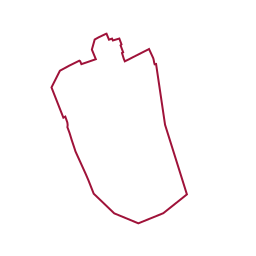 Asunción Ocotlán, Oaxaca, Mexico (Mercator projection), rotated 225°
{"feature_id": "50627088B10874491578506", "entity_name": "Asunción Ocotlán", "entity_type": "district", "adm_level": 2, "iso_a3": "MEX", "parent_name": "Mexico", "parent_adm1": "Oaxaca", "projection": "mercator", "projection_center": [-96.719, 16.762], "detail": "fine", "context": "isolated", "style": "outline", "palette": "rose", "viewbox_px": 256, "rotation_deg": 225, "n_neighbors": 0, "source": "geoboundaries", "source_scale": "gbopen_adm2", "svg_char_len": 850}
<svg xmlns="http://www.w3.org/2000/svg" viewBox="0 0 256 256"><g transform="rotate(225 128 128)"><path d="M216.6,120.2L210.8,102.6L181.0,89.6L180.4,91.7L178.1,90.6L174.8,89.0L173.1,87.7L172.5,87.1L171.4,85.7L169.8,85.0L165.7,83.1L159.5,79.8L155.1,77.6L150.5,75.3L148.6,74.3L133.4,68.6L124.9,65.4L118.9,63.0L105.8,57.3L77.4,57.9L53.3,67.9L42.8,92.7L39.4,122.7L104.1,156.5L153.4,193.1L154.2,191.9L154.6,192.1L155.8,192.8L158.3,194.5L159.5,195.2L169.0,198.7L169.8,196.1L174.5,181.8L175.9,177.3L177.4,172.9L180.0,174.0L185.3,176.8L185.3,177.0L185.0,178.1L191.7,181.2L191.7,182.5L197.4,185.1L200.6,179.2L202.5,179.9L202.9,179.1L203.9,177.0L209.9,179.5L210.1,179.2L212.9,171.3L214.1,167.0L209.0,157.9L199.4,153.9L203.2,146.1L206.1,140.2L209.1,141.4L210.0,141.2L213.7,130.3L216.6,120.5L216.6,120.2Z" fill="none" stroke="#9f1239" stroke-width="2"/></g></svg>